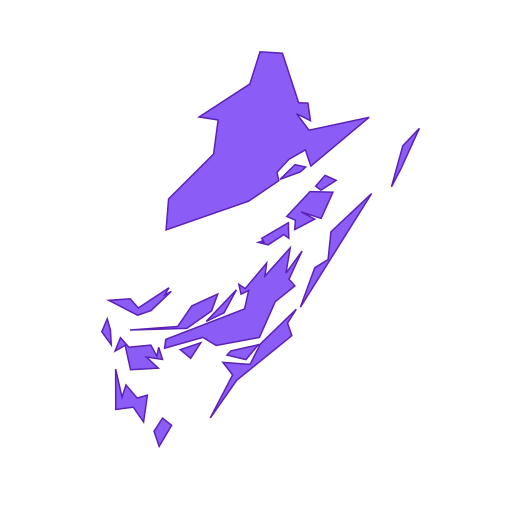 the district of Van Don, Quảng Ninh, Vietnam, rotated 10°
{"feature_id": "81297802B23156291808671", "entity_name": "Van Don", "entity_type": "district", "adm_level": 2, "iso_a3": "VNM", "parent_name": "Vietnam", "parent_adm1": "Quảng Ninh", "projection": "albers", "projection_center": [107.384, 20.984], "detail": "medium", "context": "isolated", "style": "filled", "palette": "violet", "viewbox_px": 512, "rotation_deg": 10, "n_neighbors": 0, "source": "geoboundaries", "source_scale": "gbopen_adm2", "svg_char_len": 1969}
<svg xmlns="http://www.w3.org/2000/svg" viewBox="0 0 512 512"><g transform="rotate(10 256 256)"><path d="M162.9,245.9L239.3,203.2L265.4,177.8L262.1,169.9L271.5,155.2L286.2,142.9L294.4,157.9L343.3,99.8L286.4,122.9L271.3,108.8L286.1,113.3L280.6,96.4L271.4,97.7L246.8,51.7L224.5,54.2L220.1,87.6L175.8,129.0L195.1,128.6L196.5,163.0L160.0,215.0L162.9,245.9ZM300.5,243.1L288.5,267.6L288.3,242.0L268.3,274.2L267.7,261.1L251.0,290.0L244.0,286.9L247.9,296.2L254.8,291.3L253.9,310.1L181.6,353.8L182.0,362.7L217.8,345.4L232.3,351.0L273.5,335.6L282.9,297.6L299.5,278.7L292.5,273.1L300.5,243.1ZM308.6,298.7L359.0,174.4L325.6,219.2L327.6,246.9L315.9,257.4L308.6,298.7ZM304.9,301.4L275.5,342.0L269.0,363.8L241.9,366.5L253.6,377.2L239.1,423.4L258.6,381.7L305.1,328.2L298.7,316.6L304.9,301.4ZM320.7,179.8L298.0,183.2L279.4,211.7L288.6,213.9L289.5,223.3L307.4,209.5L292.8,204.7L313.6,207.7L320.7,179.8ZM136.7,360.0L133.7,374.1L142.7,366.7L152.2,389.8L179.3,383.4L165.5,374.5L181.9,374.1L176.0,362.8L175.8,371.8L167.9,362.0L146.7,367.9L136.7,360.0ZM224.9,300.1L201.4,316.3L191.1,339.0L144.7,350.8L200.4,339.3L221.8,317.8L224.9,300.1ZM148.6,418.3L137.4,391.7L144.5,431.5L161.4,426.2L174.1,439.0L173.2,411.9L163.6,416.5L150.3,405.6L148.6,418.3ZM172.8,310.2L175.8,302.4L149.1,327.6L139.5,320.0L118.7,325.2L149.7,334.9L162.1,328.0L178.7,305.6L172.8,310.2ZM377.4,164.4L383.7,144.5L394.7,101.9L381.4,122.0L377.4,164.4ZM192.1,431.9L186.0,446.3L193.7,460.3L202.3,437.4L192.1,431.9ZM234.4,317.5L242.6,292.7L218.3,329.1L234.4,317.5ZM209.4,368.1L216.7,351.0L197.7,361.4L209.4,368.1ZM282.1,217.6L258.6,237.6L262.1,241.8L259.3,240.3L255.9,242.2L266.1,242.9L279.6,230.1L285.2,232.8L282.1,217.6ZM273.7,343.0L247.8,353.8L244.6,358.6L264.1,359.8L273.7,343.0ZM321.8,167.6L310.0,164.6L302.6,176.9L308.5,179.9L321.8,167.6ZM289.5,159.8L278.6,159.3L266.4,176.3L285.0,165.5L289.5,159.8ZM120.4,343.7L117.3,357.4L128.9,368.6L125.5,354.2L120.4,343.7Z" fill="#8b5cf6" stroke="#5b21b6" stroke-width="1.5"/></g></svg>